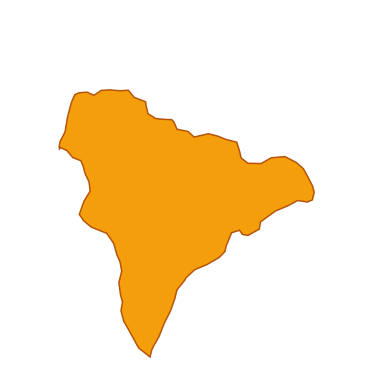 Meneou, Larnaca, Cyprus (Robinson projection), rotated 157°
{"feature_id": "46923920B15655385768829", "entity_name": "Meneou", "entity_type": "district", "adm_level": 2, "iso_a3": "CYP", "parent_name": "Cyprus", "parent_adm1": "Larnaca", "projection": "robinson", "projection_center": [33.605, 34.857], "detail": "fine", "context": "isolated", "style": "filled", "palette": "amber", "viewbox_px": 384, "rotation_deg": 157, "n_neighbors": 0, "source": "geoboundaries", "source_scale": "gbopen_adm2", "svg_char_len": 1327}
<svg xmlns="http://www.w3.org/2000/svg" viewBox="0 0 384 384"><g transform="rotate(157 192 192)"><path d="M295.1,56.5L290.9,62.2L287.7,65.1L279.1,71.6L268.9,82.0L258.1,91.1L249.2,100.9L244.2,107.7L232.7,113.9L230.8,115.5L219.9,119.4L206.4,119.4L192.6,121.1L185.0,124.3L181.4,129.2L176.1,134.4L171.5,139.0L163.3,138.3L162.0,133.1L157.4,130.2L144.6,131.5L140.6,137.7L122.8,141.9L108.0,141.9L98.2,142.9L89.6,137.7L84.3,137.7L79.6,144.1L78.7,150.4L79.4,160.2L80.4,170.0L84.4,178.3L92.6,188.3L105.7,192.5L117.3,191.2L129.3,196.6L133.5,204.1L132.2,211.4L131.4,220.4L140.2,227.1L145.9,232.9L153.9,239.1L159.2,240.1L168.6,241.8L172.0,249.3L181.3,255.6L181.3,263.7L182.5,266.6L188.4,269.3L196.6,273.7L201.9,281.2L200.4,290.0L199.4,293.1L208.2,301.6L210.9,310.6L218.3,313.1L228.2,318.3L236.0,321.0L244.4,319.3L249.7,325.0L257.5,327.5L261.9,327.3L262.5,326.7L266.1,323.5L269.1,320.2L275.8,311.6L278.3,308.1L285.1,297.3L287.4,295.2L293.5,290.2L296.4,286.0L297.2,283.4L295.6,284.2L291.0,279.0L288.2,270.2L282.1,264.2L282.1,258.9L283.2,250.4L282.8,241.7L285.4,232.6L295.2,225.6L304.5,215.4L302.9,207.6L298.4,199.0L286.6,187.2L284.2,175.4L285.6,163.6L285.6,155.7L287.6,146.6L294.6,137.3L298.0,125.3L299.0,117.8L303.8,110.4L305.3,99.6L304.3,91.2L303.1,79.7L302.1,69.4L295.1,56.5Z" fill="#f59e0b" stroke="#b45309" stroke-width="1.5"/></g></svg>